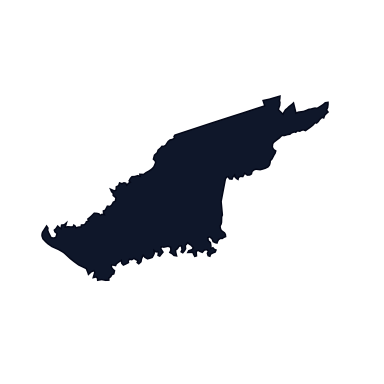 the district of Matelândia, Paraná, Brazil, rotated 73°
{"feature_id": "56859067B5689324623652", "entity_name": "Matelândia", "entity_type": "district", "adm_level": 2, "iso_a3": "BRA", "parent_name": "Brazil", "parent_adm1": "Paraná", "projection": "orthographic", "projection_center": [-53.887, -25.334], "detail": "fine", "context": "isolated", "style": "filled", "palette": "ink", "viewbox_px": 384, "rotation_deg": 73, "n_neighbors": 0, "source": "geoboundaries", "source_scale": "gbopen_adm2", "svg_char_len": 4339}
<svg xmlns="http://www.w3.org/2000/svg" viewBox="0 0 384 384"><g transform="rotate(73 192 192)"><path d="M240.5,315.1L238.9,311.8L238.5,308.8L240.3,308.4L242.3,309.7L245.0,311.5L245.2,308.4L246.9,307.6L248.8,308.0L249.3,304.0L251.2,300.4L252.0,297.3L250.1,296.8L249.1,294.3L247.7,293.1L247.4,290.7L244.6,289.1L242.9,290.2L240.1,291.2L238.2,289.9L240.0,286.6L238.6,285.4L237.9,283.6L237.3,281.9L236.7,279.6L239.6,280.0L241.8,279.0L241.5,276.6L240.9,273.4L239.3,273.2L238.0,271.5L239.1,269.4L238.5,266.9L240.0,265.7L241.9,263.7L243.4,265.1L245.1,263.9L243.8,261.2L241.1,259.8L238.2,257.2L240.7,256.1L242.9,254.1L243.0,251.4L242.9,249.2L241.2,247.4L239.8,246.2L238.2,245.6L236.7,245.4L238.8,243.9L238.9,242.1L240.5,242.0L242.7,243.0L243.9,241.6L242.5,239.6L241.0,237.3L239.0,237.9L237.2,238.5L235.4,237.3L236.5,235.1L236.9,230.7L238.6,228.6L241.5,229.2L243.3,230.9L245.4,228.9L247.4,227.8L248.6,225.4L245.0,225.2L242.7,224.7L242.0,222.6L240.0,220.3L240.4,217.8L244.3,218.4L246.0,219.9L247.4,218.6L246.0,216.4L244.4,214.7L242.8,214.4L241.0,214.0L240.3,212.4L239.1,211.0L241.0,209.9L242.5,208.5L245.7,207.0L247.1,208.7L247.2,212.3L248.6,213.7L249.2,211.5L250.0,208.9L252.4,208.6L254.4,208.2L254.4,206.4L249.9,205.3L249.7,203.0L251.1,201.8L252.7,199.8L251.1,197.1L251.6,194.6L253.2,193.5L255.1,195.2L257.6,195.2L258.7,193.7L256.9,192.4L256.4,190.1L256.2,187.4L254.5,186.0L253.4,187.4L251.4,188.3L251.7,190.5L248.8,189.6L245.7,189.2L243.3,190.7L240.2,190.2L240.0,188.2L242.7,186.5L245.6,186.3L247.3,184.5L248.1,183.0L246.8,182.1L245.3,180.6L244.7,178.3L245.3,176.6L244.7,175.0L244.5,172.9L242.3,172.5L240.6,172.9L239.2,173.9L237.3,175.3L235.0,175.5L232.7,175.1L231.1,173.5L229.5,172.6L224.4,170.9L222.9,169.7L209.5,166.9L189.4,156.3L188.1,154.9L187.7,152.9L190.4,152.3L191.4,150.0L189.5,148.4L188.2,146.3L190.1,146.5L192.2,145.4L193.4,144.3L191.6,143.3L191.2,141.1L192.1,138.9L189.4,136.1L192.0,134.2L192.6,131.8L192.1,129.9L189.9,128.6L188.9,126.1L188.9,124.2L189.8,122.1L190.6,120.3L190.7,118.1L190.7,115.0L190.2,112.0L188.8,110.0L186.9,108.8L185.0,108.0L183.8,105.9L180.6,102.8L179.2,101.2L177.2,99.9L175.6,101.3L174.0,101.9L172.3,102.0L169.4,100.7L168.3,99.2L166.8,95.3L165.8,92.5L164.9,91.0L164.2,89.4L165.0,87.2L165.0,83.9L165.4,81.5L164.6,79.7L164.4,76.8L165.2,75.3L164.3,73.4L165.4,71.1L165.0,69.3L165.1,67.4L166.5,65.5L165.8,63.6L164.9,60.8L164.1,58.6L163.2,56.5L161.7,54.2L162.5,52.7L161.5,50.6L160.1,48.9L158.6,45.9L159.7,44.4L157.4,42.7L156.3,40.7L155.3,38.5L152.9,39.4L150.9,37.6L148.0,36.3L146.0,35.7L145.6,38.5L146.7,40.9L147.3,42.9L148.1,45.8L148.6,47.9L147.7,49.8L147.5,51.9L147.5,54.0L147.1,56.2L147.4,58.6L147.6,61.6L147.2,64.1L146.7,67.1L147.1,69.5L136.5,68.9L137.4,70.7L138.8,74.4L139.9,76.4L140.7,78.5L141.8,79.8L143.0,81.1L144.3,82.2L138.7,85.3L137.2,84.6L134.8,82.8L132.0,81.7L130.4,81.7L128.3,80.7L126.0,79.8L125.9,87.2L125.9,90.6L125.3,97.3L130.9,97.2L131.0,105.5L131.3,120.9L131.4,129.4L131.6,142.9L131.8,155.2L132.6,191.7L133.7,193.0L135.4,192.9L136.0,195.4L135.8,197.8L136.7,200.0L138.5,202.2L139.8,203.7L140.1,205.8L139.5,207.4L140.7,209.1L142.0,212.1L144.2,213.7L145.8,217.1L149.3,219.3L151.4,218.1L153.1,218.1L154.6,219.2L156.8,221.1L158.0,223.1L158.8,225.1L159.5,227.5L160.0,230.2L161.1,233.1L159.8,236.7L162.0,236.9L160.5,239.1L160.5,242.2L159.8,244.9L161.0,246.9L163.0,248.9L164.6,248.1L165.1,250.2L166.4,252.4L164.2,252.8L163.3,254.4L163.6,256.6L162.1,258.6L164.5,260.3L164.9,262.9L168.0,264.0L168.2,266.0L165.5,269.1L168.2,268.8L170.3,267.7L172.3,268.4L175.3,266.4L178.4,268.0L178.7,270.2L180.9,272.4L181.9,274.5L180.8,277.1L182.8,279.0L184.1,280.4L184.2,282.3L186.2,282.7L188.1,282.4L187.0,284.6L187.7,286.2L185.6,287.5L184.6,289.3L183.7,291.7L185.5,295.0L186.6,297.4L187.4,299.5L189.5,299.3L189.6,301.7L191.0,302.9L191.9,304.7L191.2,307.4L193.0,308.3L192.4,310.6L192.3,313.6L190.5,313.7L189.1,314.7L190.6,315.9L189.9,318.4L188.9,320.9L188.6,323.6L184.8,321.1L186.0,323.7L185.5,326.4L188.8,328.0L187.4,329.2L185.3,330.4L187.3,332.8L188.2,334.8L190.1,334.7L192.3,333.2L195.5,335.4L195.7,337.5L194.5,340.1L188.9,341.1L186.2,341.2L184.4,340.3L182.0,341.0L186.8,346.7L188.4,347.7L190.1,348.3L193.2,348.2L196.7,346.5L199.4,344.9L203.3,341.8L207.9,336.5L211.3,333.3L213.1,331.9L220.0,327.9L224.2,325.0L228.6,321.7L234.3,315.5L238.5,315.1L240.5,315.1Z" fill="#0f172a" stroke="#020617" stroke-width="1.5"/></g></svg>